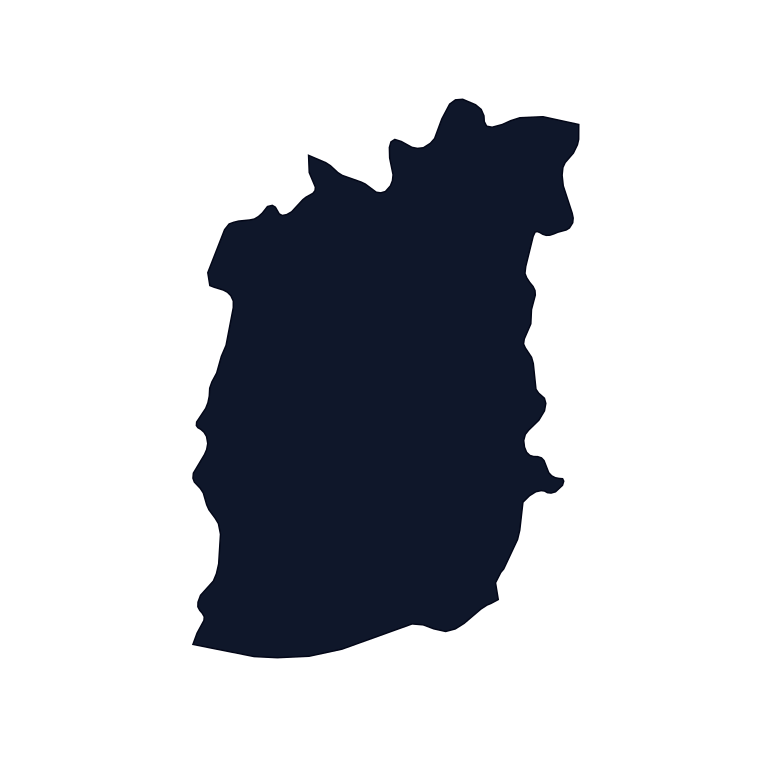 Bacau, Robinson projection, rotated 104°
{"feature_id": "ROU-312", "entity_name": "Bacau", "entity_type": "County", "adm_level": 1, "iso_a3": "ROU", "parent_name": "Romania", "parent_adm1": "", "projection": "robinson", "projection_center": [26.661, 46.412], "detail": "fine", "context": "isolated", "style": "filled", "palette": "ink", "viewbox_px": 768, "rotation_deg": 104, "n_neighbors": 0, "source": "natural_earth", "source_scale": "10m", "svg_char_len": 2464}
<svg xmlns="http://www.w3.org/2000/svg" viewBox="0 0 768 768"><g transform="rotate(104 384 384)"><path d="M272.8,576.0L266.2,573.0L263.5,569.0L261.1,564.5L257.4,554.1L255.3,549.7L251.9,546.3L247.6,543.4L240.0,540.0L237.7,535.6L238.7,532.2L244.3,526.8L245.1,523.5L243.2,519.4L239.3,515.3L224.7,507.3L221.5,504.8L216.2,499.1L213.0,497.7L209.6,498.2L196.9,507.7L180.4,512.5L183.4,493.9L185.2,488.7L190.0,480.0L191.7,475.0L193.6,455.0L194.5,450.6L199.8,437.9L199.3,433.4L196.9,429.2L190.2,425.7L184.7,425.0L178.8,425.8L163.3,433.2L153.2,436.0L147.4,435.8L144.1,432.7L144.5,425.9L147.6,414.2L147.3,408.5L145.2,402.9L139.2,397.2L133.6,394.3L112.7,392.0L96.5,388.0L91.0,383.4L88.7,376.5L90.9,362.7L94.1,356.1L99.6,351.9L105.1,350.2L109.0,346.8L108.7,341.2L103.6,332.0L97.8,324.7L92.8,316.6L86.2,294.4L85.1,257.8L99.5,254.3L105.1,254.2L114.1,256.1L125.3,261.8L130.6,262.8L138.3,261.7L148.4,258.0L172.8,242.7L177.2,240.6L181.9,239.9L187.7,241.8L190.4,244.4L194.7,252.1L197.3,255.6L199.5,259.1L200.5,262.6L200.3,266.1L199.3,269.5L199.0,272.1L199.9,274.1L204.5,275.0L235.7,274.9L242.6,274.0L246.5,271.2L250.1,267.3L253.3,263.0L256.8,260.1L261.1,258.7L276.1,258.9L290.1,256.1L306.4,258.8L311.4,258.3L314.8,255.6L322.4,247.3L328.0,244.1L352.3,235.3L355.5,231.7L359.0,224.9L363.7,222.3L371.2,221.8L381.7,225.0L393.8,232.5L398.7,234.7L405.0,234.8L411.3,232.4L415.8,229.1L418.0,225.3L418.2,221.4L417.3,217.3L417.6,213.3L419.6,210.2L430.2,202.7L432.5,199.2L433.5,195.2L433.3,191.4L432.7,187.8L434.8,186.1L439.1,186.3L447.1,191.5L449.4,195.5L449.9,199.2L449.0,202.3L449.4,205.7L451.8,210.6L457.2,215.8L465.1,220.6L493.0,216.9L502.5,216.8L534.5,223.1L538.6,225.1L549.9,227.7L565.5,221.0L571.1,227.2L573.5,230.5L578.9,235.5L596.9,248.4L604.4,255.6L609.2,264.3L609.5,276.5L608.2,287.7L610.0,298.7L651.4,360.6L666.3,390.9L675.4,421.4L679.9,444.2L682.9,506.4L670.9,505.1L657.0,501.5L653.3,502.1L650.3,505.0L648.2,508.0L645.2,510.7L640.7,511.7L633.4,510.9L616.5,501.9L608.6,500.7L598.5,500.9L569.3,506.3L559.5,510.9L555.1,515.3L548.4,523.4L544.1,526.8L533.4,533.0L529.7,537.0L525.0,544.3L521.6,546.6L516.6,547.4L495.9,541.1L490.5,540.2L484.4,540.6L477.8,543.5L474.3,547.0L472.3,550.8L471.4,554.0L469.7,556.0L466.2,556.6L450.8,551.1L444.8,550.3L438.0,550.6L430.2,552.1L423.6,551.5L413.8,549.0L396.5,548.5L384.7,546.6L346.4,548.7L339.9,550.3L335.3,554.0L332.8,558.2L331.7,562.6L331.2,572.1L330.6,576.8L318.6,581.9L272.8,576.0Z" fill="#0f172a" stroke="#020617" stroke-width="1.5"/></g></svg>